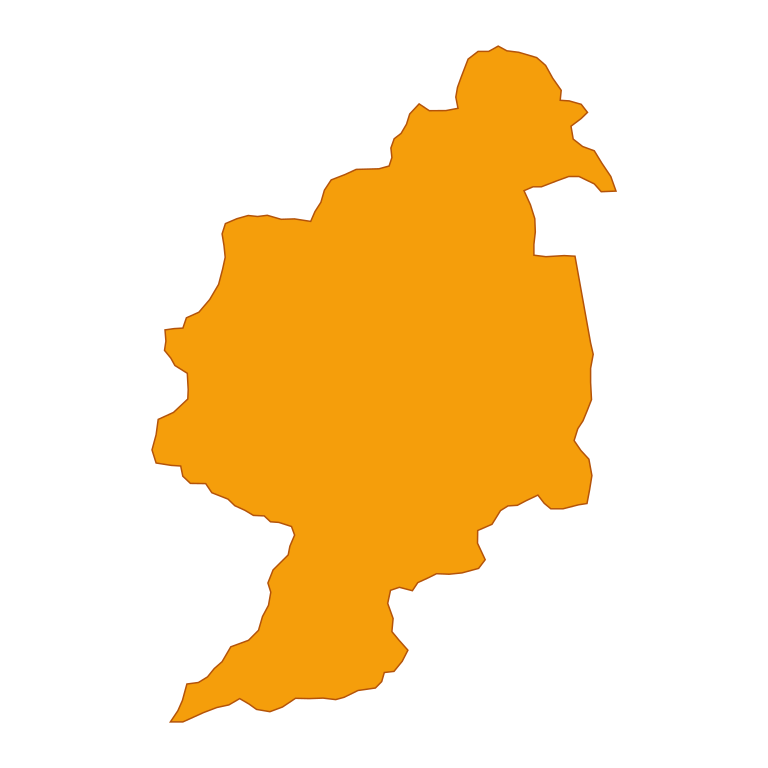 outline of Pereiras, São Paulo, Brazil
{"feature_id": "56859067B86538174057776", "entity_name": "Pereiras", "entity_type": "district", "adm_level": 2, "iso_a3": "BRA", "parent_name": "Brazil", "parent_adm1": "São Paulo", "projection": "mercator", "projection_center": [-47.981, -23.122], "detail": "fine", "context": "isolated", "style": "filled", "palette": "amber", "viewbox_px": 768, "rotation_deg": 0, "n_neighbors": 0, "source": "geoboundaries", "source_scale": "gbopen_adm2", "svg_char_len": 2339}
<svg xmlns="http://www.w3.org/2000/svg" viewBox="0 0 768 768"><path d="M587.0,503.5L589.6,489.8L591.9,475.6L588.9,459.2L580.9,450.5L574.1,440.6L577.8,428.7L583.0,420.8L587.0,411.1L591.5,399.6L590.6,382.5L590.6,368.3L593.2,354.3L590.6,343.0L575.0,256.2L564.2,255.6L545.9,256.7L533.9,255.2L533.9,244.4L535.3,232.0L534.8,218.7L530.4,204.7L524.0,190.7L533.0,186.8L541.4,186.8L556.7,180.9L568.7,176.5L579.0,176.5L594.3,183.9L601.2,191.7L616.0,191.1L610.8,176.5L601.8,163.1L594.3,150.8L582.6,146.5L573.2,139.1L571.0,126.2L581.2,118.5L587.5,112.4L581.2,104.3L569.2,100.9L560.2,100.3L561.2,90.3L552.7,78.2L545.6,65.4L536.7,57.6L518.8,52.3L506.8,50.8L498.2,46.1L488.7,51.4L478.1,51.4L468.1,59.1L461.2,77.1L457.5,87.3L455.8,97.1L458.0,108.3L445.9,110.6L429.3,110.7L419.1,103.9L409.7,114.0L406.5,124.2L401.1,133.4L394.2,138.7L390.9,148.0L391.9,157.6L389.1,166.0L378.9,168.8L356.2,169.4L344.6,174.7L331.2,179.9L324.4,190.2L320.9,202.3L315.0,211.5L310.7,221.4L294.5,218.9L281.1,219.3L267.3,215.3L257.6,216.5L248.2,215.5L236.9,218.7L225.4,223.6L222.1,233.9L224.0,245.6L225.2,257.3L222.6,269.2L218.6,284.4L209.7,299.5L198.9,312.2L186.4,317.8L182.9,328.1L174.1,328.6L165.0,329.9L165.9,341.1L164.5,350.4L170.8,358.1L174.9,365.5L187.3,373.3L188.2,389.7L187.8,399.0L173.5,412.4L158.2,419.4L156.1,434.8L152.0,449.9L156.1,463.0L171.3,465.4L180.7,466.0L182.8,476.2L190.4,483.4L205.7,483.6L211.8,492.7L228.0,499.1L234.8,505.7L244.9,510.3L253.4,515.4L264.2,515.9L270.5,521.8L278.8,522.4L291.5,526.5L294.6,535.1L289.9,546.2L288.2,554.9L273.1,569.9L267.9,583.0L270.8,592.2L268.5,605.3L262.5,616.5L258.5,630.3L248.5,640.3L230.8,646.8L222.1,661.7L214.3,668.5L207.5,676.9L198.4,682.5L186.9,684.0L182.4,700.5L177.9,710.7L170.4,721.9L182.9,721.9L203.5,712.6L216.9,707.5L228.9,704.9L239.7,698.6L249.1,704.1L256.5,709.4L269.9,711.7L282.5,707.0L295.5,698.3L309.3,698.6L323.0,698.1L335.7,699.6L344.1,697.3L358.0,690.5L375.4,688.0L381.7,681.6L384.3,672.5L394.0,671.4L402.2,661.3L407.9,650.2L399.1,640.3L391.9,631.6L393.1,618.5L387.7,603.4L390.5,590.3L399.4,587.3L412.4,590.7L417.8,582.6L428.5,577.7L436.5,573.7L449.2,574.2L462.0,572.9L478.6,568.4L485.2,559.7L477.5,543.2L477.7,530.5L492.0,524.3L500.5,510.6L508.0,505.9L517.4,505.3L525.9,500.8L537.9,495.1L544.2,503.3L550.8,508.8L563.0,508.8L578.6,504.8L587.0,503.5Z" fill="#f59e0b" stroke="#b45309" stroke-width="1.5"/></svg>